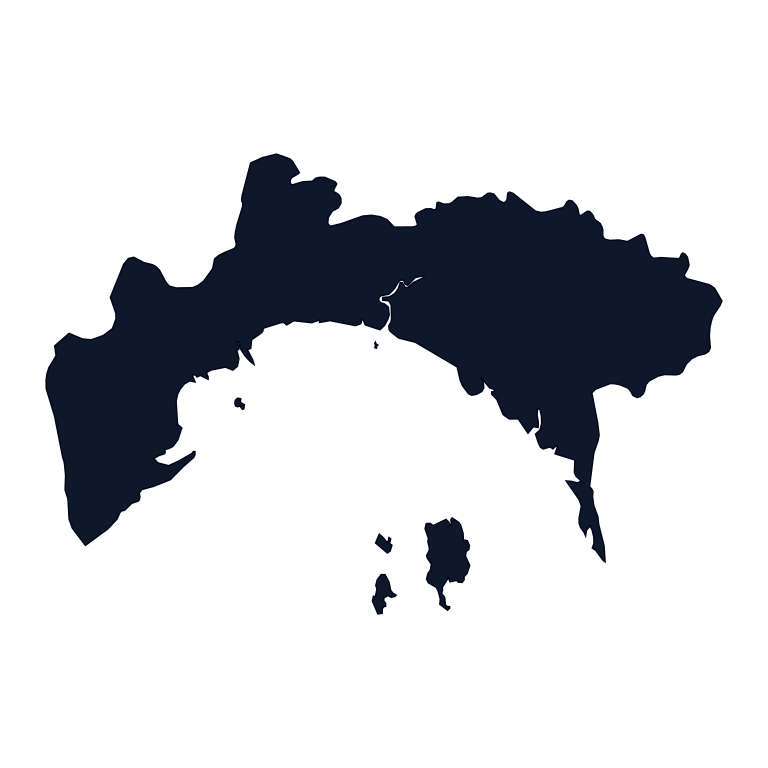 the border of Panama
{"feature_id": "PAN-1340", "entity_name": "Panama", "entity_type": "Province", "adm_level": 1, "iso_a3": "PAN", "parent_name": "Panama", "parent_adm1": "", "projection": "robinson", "projection_center": [-79.066, 8.844], "detail": "fine", "context": "isolated", "style": "filled", "palette": "ink", "viewbox_px": 768, "rotation_deg": 0, "n_neighbors": 0, "source": "natural_earth", "source_scale": "10m", "svg_char_len": 6119}
<svg xmlns="http://www.w3.org/2000/svg" viewBox="0 0 768 768"><path d="M605.1,561.7L603.2,560.5L595.8,550.4L592.3,548.0L594.0,543.5L593.8,537.1L592.3,530.5L590.1,525.9L586.5,530.2L585.6,535.8L584.1,532.4L580.6,527.4L579.2,523.3L579.1,518.2L581.4,506.0L579.2,499.7L566.2,481.0L571.0,481.3L577.6,482.9L581.4,481.0L576.2,476.4L574.4,472.7L574.9,460.0L555.1,453.8L557.5,446.6L555.4,446.3L552.9,448.9L550.3,446.9L543.2,448.9L540.4,447.1L538.4,442.8L535.5,434.1L540.1,429.9L541.7,423.3L541.4,415.9L539.9,409.1L537.5,409.1L537.1,415.0L538.3,422.4L538.1,427.6L533.3,426.6L528.0,433.2L518.2,418.8L509.4,419.0L503.2,414.6L496.8,399.3L491.8,394.3L491.8,391.8L494.2,391.8L494.2,389.3L489.5,387.8L480.7,377.0L483.3,383.0L483.8,387.8L481.8,391.4L476.6,394.3L471.8,395.2L468.6,393.8L462.4,385.5L460.1,379.8L457.2,366.9L415.3,342.2L398.6,338.0L390.6,331.6L389.2,329.6L388.8,326.0L391.0,322.0L391.6,318.6L391.2,304.8L388.7,300.8L382.7,300.2L382.7,297.5L389.5,296.9L394.7,293.7L398.3,288.7L400.3,282.6L402.3,282.6L405.1,287.5L408.2,287.3L413.3,282.6L422.7,278.1L424.2,275.0L422.2,276.1L415.3,277.5L407.8,285.3L405.2,284.2L403.4,280.1L400.3,280.2L398.3,282.1L394.4,288.6L389.0,294.2L380.6,295.8L379.1,297.4L378.5,300.2L380.5,302.6L384.6,304.0L388.3,307.1L389.2,314.8L387.8,319.2L384.5,325.4L380.0,329.7L365.3,324.9L363.4,320.3L361.7,319.4L360.9,323.6L355.5,325.6L329.9,320.6L319.6,322.4L319.6,319.9L311.8,322.7L293.8,320.7L286.6,324.9L283.8,322.4L280.8,322.7L263.5,328.1L262.6,331.5L260.6,333.5L251.6,339.7L250.7,348.4L247.3,349.6L252.8,360.1L254.0,364.4L249.8,361.1L244.6,355.3L240.3,348.5L238.6,342.2L236.6,342.2L238.6,347.3L238.6,349.6L236.6,349.6L238.9,358.6L237.4,366.3L232.7,370.1L225.5,367.1L211.0,370.0L206.4,372.7L208.1,377.0L208.1,379.2L200.2,375.4L197.0,377.0L195.7,375.2L192.9,374.5L192.9,377.0L195.1,381.9L189.6,380.9L184.4,383.9L180.2,389.0L177.5,394.3L176.1,401.3L177.4,422.8L178.1,424.9L181.8,427.9L177.8,439.9L173.0,446.3L169.0,448.5L165.0,449.4L165.2,452.4L164.4,453.8L159.0,455.5L153.8,458.4L157.8,462.9L168.6,465.7L178.9,461.0L192.2,453.3L193.3,451.6L194.9,451.6L195.0,454.6L193.8,457.3L183.1,466.7L170.3,479.7L153.8,486.2L141.7,489.6L139.3,493.0L139.9,497.0L139.3,499.8L138.3,501.0L131.7,503.3L124.7,510.2L121.7,510.9L120.0,512.4L116.9,519.2L107.9,528.8L85.4,545.4L72.4,528.2L69.1,519.1L68.0,498.9L65.1,489.9L65.6,475.3L64.4,462.8L62.6,456.8L54.6,416.1L46.3,388.8L46.1,380.2L47.0,373.8L48.9,367.7L56.1,355.7L54.7,345.9L69.0,333.4L82.5,339.0L91.4,339.8L103.2,335.6L112.5,328.6L116.0,318.9L115.9,313.4L110.4,297.3L123.8,264.1L128.5,258.5L133.8,257.3L143.8,262.6L152.7,264.8L156.2,266.8L159.5,270.3L165.6,281.8L169.2,286.1L176.2,288.0L192.6,287.7L197.9,285.5L203.7,281.1L212.7,268.7L214.7,258.8L218.8,255.5L224.4,252.6L234.3,248.5L235.9,246.5L236.3,243.9L234.9,237.5L235.5,232.1L237.1,224.5L242.6,206.7L242.8,202.8L241.9,201.4L241.7,198.8L242.3,195.1L250.6,163.1L262.5,157.6L276.6,154.1L289.7,158.8L292.4,161.2L299.3,172.5L298.7,173.5L291.6,177.6L290.5,179.5L290.0,181.7L290.9,184.2L292.4,184.9L302.7,181.8L312.4,181.3L315.7,178.3L319.0,177.4L324.6,177.3L335.3,181.9L336.7,184.0L333.7,189.6L333.7,191.6L338.0,194.0L339.7,195.9L340.8,198.4L341.0,203.0L338.3,207.8L332.3,211.1L328.1,217.7L327.8,223.8L330.4,226.3L340.8,223.8L362.7,216.1L371.4,215.3L380.3,216.7L387.2,219.8L394.1,227.1L413.4,227.0L416.3,226.0L417.6,224.7L415.2,216.6L416.1,214.4L417.9,212.7L425.7,208.9L431.0,208.8L434.3,210.0L436.3,208.9L437.0,202.8L438.4,202.2L443.9,204.1L448.8,204.0L451.8,202.8L458.0,197.4L467.9,196.8L477.8,198.4L482.0,197.7L487.7,193.4L490.0,193.1L493.8,194.1L499.2,200.6L503.5,202.8L505.8,201.9L507.1,199.5L507.8,193.2L509.4,192.1L512.9,193.3L535.5,211.2L541.2,212.5L546.1,212.0L562.8,207.6L564.4,206.3L567.2,201.6L569.3,200.4L572.1,201.0L576.1,205.2L577.8,208.5L579.1,214.7L580.5,215.8L587.3,211.3L589.7,211.5L592.5,214.5L594.8,219.5L600.2,223.5L601.8,226.6L602.8,230.0L602.7,235.3L603.5,237.8L605.3,239.3L609.7,240.4L618.9,240.0L627.5,241.6L641.3,234.4L643.4,235.0L644.7,237.5L649.2,253.4L651.1,256.6L653.6,258.4L660.7,257.6L678.6,258.7L680.0,257.8L681.4,254.3L682.7,253.1L684.9,254.0L687.4,257.2L689.0,265.0L687.5,269.2L684.2,274.9L684.9,276.9L686.9,278.7L708.9,284.6L712.4,286.7L714.7,288.5L721.9,301.0L720.1,305.3L713.6,315.0L711.5,320.4L710.0,327.1L709.3,336.0L710.3,347.9L708.7,351.3L705.3,353.7L697.4,355.7L691.8,358.6L686.4,363.8L682.3,371.8L679.8,373.9L676.3,374.8L664.8,374.5L658.2,376.0L649.1,380.9L646.0,384.5L644.5,391.0L643.0,394.1L640.1,396.6L637.1,397.5L633.1,395.6L629.9,390.0L627.8,388.0L620.1,384.8L614.8,383.7L610.3,383.5L595.7,389.1L591.8,392.8L597.5,422.2L599.1,435.2L598.0,440.8L593.8,452.9L589.5,486.7L591.8,489.1L592.9,491.8L592.5,496.4L593.7,505.5L597.8,516.6L598.7,524.6L604.0,545.6L605.1,561.7ZM451.3,523.7L450.9,519.6L452.1,517.9L458.7,522.4L460.7,525.3L463.1,533.4L463.3,539.9L467.3,540.7L469.4,545.4L468.8,549.5L466.2,551.5L465.4,556.1L469.7,565.4L467.0,573.5L464.1,576.5L464.1,579.7L462.2,582.4L458.3,582.1L456.7,580.4L450.0,581.8L448.4,577.7L442.3,587.2L442.5,590.3L441.6,593.4L444.7,597.6L445.3,604.8L447.2,606.5L449.6,606.7L449.6,608.3L447.6,610.2L439.8,604.2L440.3,599.1L438.1,590.6L436.1,587.2L428.4,582.8L426.6,579.1L428.0,573.4L430.3,570.4L431.4,564.1L427.4,558.3L426.6,555.6L429.2,550.6L429.4,548.2L427.9,541.7L428.4,538.3L425.1,528.7L426.3,523.6L430.3,523.4L433.2,525.6L446.1,519.4L448.9,522.4L450.3,525.9L451.3,523.7ZM385.0,574.6L389.1,582.4L390.6,590.3L392.8,593.2L396.1,595.1L394.7,596.5L391.4,597.3L387.9,595.5L383.9,597.9L383.7,601.0L385.6,603.2L385.6,606.3L383.6,606.7L382.4,608.5L382.1,613.3L377.9,613.9L372.4,601.0L373.4,596.3L375.4,596.6L377.0,589.0L375.8,585.5L377.3,579.7L381.2,574.6L385.0,574.6ZM390.1,551.1L387.4,553.0L375.6,543.0L379.3,534.2L383.5,537.9L386.8,542.4L388.3,541.0L389.0,537.6L390.7,538.9L389.5,543.5L391.9,545.2L390.1,551.1ZM235.3,400.4L237.6,398.2L240.6,398.7L240.8,399.8L240.1,400.7L241.0,402.9L244.4,404.7L243.9,408.8L242.4,409.3L240.1,406.1L237.8,406.7L235.7,406.0L234.9,403.8L235.3,400.4ZM374.8,343.1L375.4,342.2L376.0,343.9L377.8,345.1L376.5,346.1L376.5,348.1L374.8,347.6L375.6,346.2L374.8,343.1Z" fill="#0f172a" stroke="#020617" stroke-width="1.5"/></svg>